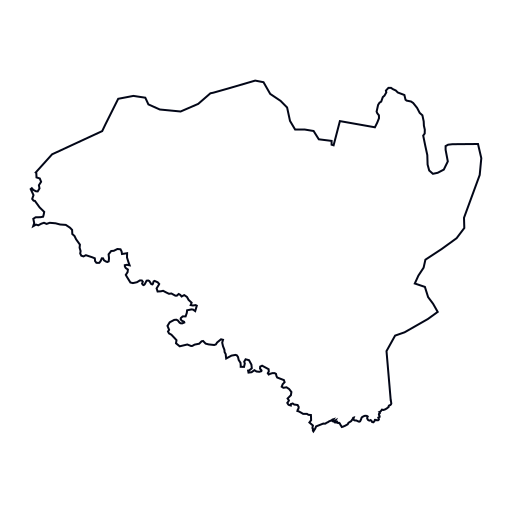 the district of Koutiala, Sikasso, Mali
{"feature_id": "8926073B20399394700191", "entity_name": "Koutiala", "entity_type": "district", "adm_level": 2, "iso_a3": "MLI", "parent_name": "Mali", "parent_adm1": "Sikasso", "projection": "mercator", "projection_center": [-5.625, 12.308], "detail": "fine", "context": "isolated", "style": "outline", "palette": "ink", "viewbox_px": 512, "rotation_deg": 0, "n_neighbors": 0, "source": "geoboundaries", "source_scale": "gbopen_adm2", "svg_char_len": 5536}
<svg xmlns="http://www.w3.org/2000/svg" viewBox="0 0 512 512"><path d="M135.7,282.5L137.0,282.2L139.9,280.4L141.9,280.5L142.8,281.7L142.1,283.6L142.8,284.7L143.7,285.1L144.7,284.3L146.6,280.7L148.2,280.5L149.3,281.0L151.3,284.1L151.7,284.2L152.4,284.4L152.9,283.8L153.6,281.4L154.6,280.9L157.7,282.3L159.2,284.0L158.8,284.8L156.6,288.4L157.6,291.5L160.9,291.3L163.1,290.8L166.1,292.4L169.0,293.8L169.7,293.7L171.4,293.5L175.4,295.7L176.8,295.7L178.7,294.0L180.3,294.9L181.6,296.5L184.2,295.1L185.6,296.0L187.0,297.0L188.6,299.9L191.6,302.7L190.7,305.1L192.9,305.5L195.6,305.1L196.8,305.7L195.2,311.1L193.8,310.1L193.1,309.6L191.5,309.4L187.1,310.3L186.8,312.9L185.6,316.4L182.7,316.4L180.9,318.0L180.6,319.0L181.5,320.5L184.1,321.8L184.3,322.5L182.2,323.4L180.7,323.3L179.6,322.7L177.9,320.5L176.4,319.7L174.2,319.9L169.7,322.3L167.5,325.9L169.1,329.8L168.0,331.5L169.0,333.4L171.4,334.7L174.8,338.3L176.5,340.2L176.0,343.3L179.7,346.3L187.3,344.5L191.1,346.0L192.3,345.9L193.4,345.3L193.7,345.1L194.7,344.6L198.2,343.9L199.2,343.7L201.6,341.3L203.1,341.0L205.6,343.6L208.6,344.4L214.2,345.0L215.9,344.4L217.1,342.5L221.0,339.3L223.0,339.8L222.2,342.7L223.0,346.2L224.4,349.8L224.6,352.1L225.7,354.1L226.0,357.2L226.2,358.5L231.5,355.6L235.5,354.9L236.8,355.3L238.0,357.0L238.7,360.0L240.5,362.8L240.7,365.2L240.7,366.8L244.0,366.9L244.8,363.5L244.2,361.7L245.6,359.3L249.0,360.2L251.4,364.6L251.8,368.2L251.0,369.0L249.0,370.5L248.1,370.6L248.5,372.6L251.6,372.2L253.0,371.2L254.4,370.2L256.5,371.5L259.3,371.8L261.3,371.2L261.5,370.4L260.0,368.6L260.2,366.6L262.1,365.7L268.6,369.2L268.8,371.5L267.8,373.2L268.7,374.5L270.2,373.8L272.5,373.1L274.6,373.1L276.0,373.9L276.4,375.9L277.2,377.5L283.9,380.1L284.6,382.2L282.7,384.2L281.7,386.7L283.4,387.8L286.5,387.3L289.1,389.0L291.4,392.0L290.9,395.2L287.6,398.5L288.9,400.4L288.4,401.4L287.3,402.9L288.2,404.4L288.5,404.7L288.8,404.9L290.8,405.5L290.9,404.1L292.7,403.5L294.3,404.6L295.6,404.7L296.7,404.9L297.6,405.0L298.7,407.0L298.5,408.6L297.8,409.5L297.4,411.0L298.8,411.4L301.0,412.6L303.2,413.9L307.0,413.9L308.4,414.8L310.9,415.0L311.0,416.6L311.1,420.2L309.4,422.5L311.5,424.3L312.9,425.5L312.4,428.0L312.9,428.6L312.9,430.6L313.4,431.4L315.2,428.6L316.1,426.4L323.2,423.6L323.3,423.7L325.5,423.6L326.3,422.9L327.9,422.2L329.0,421.4L330.7,420.7L331.3,420.4L332.1,419.9L332.5,419.5L333.1,419.4L333.4,419.3L332.6,420.4L332.5,421.1L333.4,421.6L334.0,421.5L334.7,420.8L335.6,420.3L334.9,421.6L335.0,422.4L336.0,422.5L336.3,422.0L337.1,421.7L337.5,422.8L338.2,423.1L339.0,422.8L339.7,423.3L340.2,424.3L340.4,424.7L341.1,425.8L341.8,427.0L342.9,426.7L345.0,425.8L346.8,424.8L347.7,424.3L348.5,422.8L351.2,421.1L352.2,419.6L353.0,418.6L353.2,417.8L353.8,417.6L353.4,418.9L353.6,419.8L354.7,420.4L356.4,420.5L357.8,421.2L359.1,421.7L360.1,421.3L361.1,419.3L361.5,417.9L362.0,417.2L363.2,416.5L364.2,416.0L365.0,415.8L365.5,415.8L366.8,415.9L367.7,416.5L367.3,417.3L367.2,418.5L368.0,419.9L369.3,420.6L370.2,420.4L370.6,420.1L371.4,420.7L372.1,422.0L373.3,422.3L374.4,421.3L374.7,420.5L374.9,419.9L375.9,419.9L376.9,420.3L378.2,420.2L378.9,419.5L378.8,418.8L378.5,418.1L378.3,417.6L379.6,416.9L379.6,416.1L379.2,415.4L378.9,414.7L379.0,413.9L379.8,413.3L379.8,412.4L379.4,412.0L380.5,411.5L380.7,411.3L381.3,410.5L382.0,409.6L383.2,410.0L384.9,409.5L386.7,408.5L388.6,407.0L388.6,406.3L389.0,405.6L390.4,405.0L391.1,404.1L391.3,403.5L390.8,400.0L390.7,400.0L386.5,351.1L395.1,335.6L404.6,332.3L427.9,319.0L437.7,311.9L433.1,303.8L428.1,297.1L424.9,286.9L414.8,283.5L418.4,275.6L423.6,267.7L425.4,259.7L441.7,249.0L456.6,238.2L464.3,228.0L464.0,217.8L479.7,175.0L481.3,158.2L478.0,144.0L452.5,144.2L448.1,144.7L445.6,146.1L445.6,149.8L447.8,161.4L443.8,169.6L437.7,172.8L432.9,173.8L429.2,170.5L427.6,164.6L427.3,155.1L425.3,145.9L423.2,135.6L424.7,133.5L424.8,129.7L423.9,125.6L423.7,121.4L422.4,115.3L419.7,112.9L417.1,107.9L413.2,103.0L411.0,101.5L406.6,100.6L405.5,99.7L404.4,95.0L397.8,92.5L395.8,90.5L392.8,89.1L391.1,87.9L388.4,87.9L385.9,90.6L386.3,92.4L384.5,95.6L382.8,97.1L381.2,101.6L379.5,102.7L378.1,104.9L376.6,111.6L377.3,113.3L378.9,115.3L379.0,118.2L377.2,122.7L375.3,126.5L374.9,127.3L373.3,127.0L339.9,121.1L333.6,145.3L331.6,144.7L331.6,140.9L318.8,139.3L313.6,131.0L304.5,129.5L295.1,129.5L290.0,120.9L287.1,107.5L280.6,100.9L270.2,93.9L263.5,82.2L255.2,80.6L228.5,88.4L213.3,92.7L210.4,93.3L198.2,103.9L180.6,111.5L159.8,109.5L148.4,104.4L145.3,97.7L133.4,95.9L118.2,98.8L105.5,124.2L102.2,131.1L52.1,154.3L35.7,172.5L36.3,173.0L36.5,177.4L39.8,178.5L41.1,181.8L38.9,185.2L39.5,188.4L37.7,191.4L36.0,191.3L33.3,189.9L31.8,188.2L30.7,189.1L33.5,195.1L32.2,198.9L33.0,200.0L33.6,200.7L34.9,200.9L39.6,207.4L44.2,211.9L43.7,214.6L43.1,216.7L40.4,217.2L35.6,217.3L33.3,218.8L34.2,223.1L33.2,226.2L36.0,224.6L38.3,225.3L41.3,223.7L44.0,222.8L46.6,223.9L49.7,222.8L55.6,223.3L60.1,224.5L65.8,224.9L70.0,227.7L72.1,229.9L72.3,234.0L74.5,236.0L76.1,239.3L79.9,244.6L79.7,246.7L79.6,247.7L80.6,251.1L80.2,253.5L81.3,255.7L83.5,256.4L85.9,255.2L92.0,257.2L94.8,258.3L95.1,261.1L96.4,262.8L97.9,262.9L99.3,262.8L100.6,261.1L101.3,259.5L101.8,258.3L103.0,258.3L104.0,260.3L105.9,261.5L107.3,262.0L108.7,261.4L108.8,260.3L109.0,258.1L108.6,254.3L111.2,251.0L113.8,250.8L117.4,249.0L120.5,249.3L121.6,251.5L121.9,253.4L122.0,254.0L124.7,253.6L127.1,253.2L127.0,257.5L128.4,262.0L129.6,265.3L126.9,264.8L124.8,265.2L124.9,266.6L125.8,268.1L127.9,269.5L127.6,272.1L125.8,274.9L126.8,276.7L130.4,282.5L132.9,283.1L135.7,282.5Z" fill="none" stroke="#020617" stroke-width="2"/></svg>